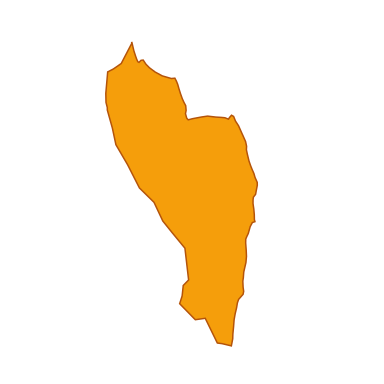 Sigtuna, Stockholm, Sweden (Robinson projection), rotated 258°
{"feature_id": "70781695B39328954210913", "entity_name": "Sigtuna", "entity_type": "district", "adm_level": 2, "iso_a3": "SWE", "parent_name": "Sweden", "parent_adm1": "Stockholm", "projection": "robinson", "projection_center": [17.908, 59.666], "detail": "fine", "context": "isolated", "style": "filled", "palette": "amber", "viewbox_px": 384, "rotation_deg": 258, "n_neighbors": 0, "source": "geoboundaries", "source_scale": "gbopen_adm2", "svg_char_len": 1537}
<svg xmlns="http://www.w3.org/2000/svg" viewBox="0 0 384 384"><g transform="rotate(258 192 192)"><path d="M82.3,158.6L67.9,167.7L66.4,168.7L65.7,178.7L39.3,185.3L39.0,185.4L37.4,189.9L33.3,198.5L39.9,201.3L44.4,202.4L51.4,204.6L58.2,206.6L63.9,208.9L69.4,211.5L74.2,213.4L77.3,215.3L79.6,218.4L81.3,220.7L84.1,221.9L88.3,222.2L94.3,223.2L97.5,224.4L103.0,226.0L111.8,230.1L117.7,231.9L123.6,232.9L131.0,233.9L134.8,234.8L137.1,236.4L139.7,238.4L146.0,241.7L149.6,244.7L149.9,247.4L152.1,247.3L156.7,248.2L162.4,248.9L168.1,249.3L171.7,250.1L174.2,251.0L176.5,253.7L180.6,255.4L185.1,257.3L187.9,257.8L193.1,256.7L197.2,256.4L201.5,255.5L205.6,254.8L210.4,254.2L217.5,254.0L222.0,254.0L225.4,254.9L230.2,254.9L236.4,253.6L239.5,252.9L247.1,251.3L252.3,249.3L257.3,248.4L258.9,246.6L257.1,244.2L255.7,242.8L257.8,239.6L258.9,236.1L260.3,231.0L263.0,223.0L263.4,216.8L263.6,207.7L263.4,203.3L265.2,202.2L270.0,201.9L273.0,203.2L277.7,203.8L281.6,202.7L285.3,201.9L290.5,201.2L295.7,200.7L300.3,200.4L303.7,199.8L306.9,198.9L307.3,195.4L311.8,187.0L317.1,180.8L322.5,176.1L326.6,173.5L331.2,171.7L331.4,169.5L329.8,167.1L330.7,166.1L333.4,165.5L336.4,165.1L342.1,164.5L350.7,164.3L350.7,164.1L350.1,164.1L332.4,149.5L328.7,140.7L327.0,134.5L306.4,128.2L297.5,126.5L292.2,126.7L289.8,126.2L280.3,126.8L271.2,127.4L254.1,127.4L232.0,134.7L206.9,141.4L189.8,152.7L169.7,157.4L156.6,164.0L138.5,173.4L106.7,170.4L106.4,170.0L102.4,164.0L94.7,161.5L92.3,160.7L85.3,156.7L82.3,158.6Z" fill="#f59e0b" stroke="#b45309" stroke-width="1.5"/></g></svg>